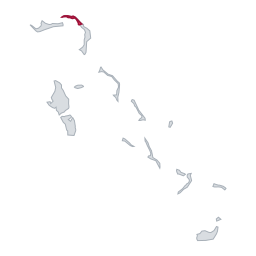 location of North Abaco within The Bahamas
{"feature_id": "BHS-5014", "entity_name": "North Abaco", "entity_type": "District", "adm_level": 1, "iso_a3": "BHS", "parent_name": "The Bahamas", "parent_adm1": "", "projection": "natural_earth1", "projection_center": [-77.637, 26.808], "detail": "fine", "context": "in_parent", "style": "filled", "palette": "rose", "viewbox_px": 256, "rotation_deg": 0, "n_neighbors": 0, "source": "natural_earth", "source_scale": "10m", "svg_char_len": 3601}
<svg xmlns="http://www.w3.org/2000/svg" viewBox="0 0 256 256"><path d="M68.7,99.2L68.6,103.7L69.0,107.1L68.6,108.4L65.3,110.6L64.4,111.9L61.2,113.2L59.2,115.0L58.3,112.1L56.4,110.3L56.1,107.2L54.7,108.3L52.6,107.6L49.2,105.3L47.0,102.2L50.1,101.7L50.7,103.6L53.1,101.2L52.5,100.0L52.1,99.8L51.3,97.5L54.9,91.3L55.7,87.4L54.1,81.0L55.6,80.6L59.6,82.8L61.5,85.0L61.5,88.0L63.2,90.4L65.7,95.9L68.7,99.2ZM71.4,116.4L71.4,117.2L68.3,119.6L70.6,121.3L72.7,117.6L74.4,120.6L75.3,126.2L75.2,127.2L75.3,128.0L75.7,129.1L75.7,130.7L74.0,135.5L67.8,135.0L67.7,130.9L66.7,130.1L65.3,124.2L63.3,122.3L60.7,117.5L62.2,116.3L64.3,116.7L65.4,116.1L68.3,115.6L70.0,115.0L71.4,116.4ZM217.5,231.1L216.5,233.8L213.2,239.1L205.8,240.4L197.6,240.6L196.9,239.2L196.7,238.0L197.3,236.0L197.3,235.2L196.9,234.4L199.9,233.6L201.9,231.1L205.0,230.7L208.9,232.4L211.0,232.5L214.0,230.6L216.5,226.5L218.0,227.1L217.5,231.1ZM84.9,54.3L84.2,54.6L81.5,50.8L79.3,49.7L82.7,47.1L84.2,44.8L84.2,39.8L85.0,37.1L84.7,34.7L85.5,32.3L84.4,29.6L81.6,27.4L76.0,18.9L67.1,16.8L62.5,16.7L65.0,15.4L67.3,15.5L70.9,16.3L75.2,16.7L77.9,19.3L80.4,22.6L82.7,23.9L83.6,24.8L83.5,25.8L83.9,26.7L86.8,28.2L89.8,30.8L90.7,38.1L86.7,41.6L86.0,52.3L84.9,54.3ZM45.4,23.3L49.1,24.5L51.2,24.3L52.4,23.5L58.0,23.8L62.5,22.7L63.1,24.7L63.0,25.8L53.4,26.7L44.6,29.7L39.8,31.6L37.5,31.9L35.8,30.8L30.0,24.8L31.6,25.4L35.9,28.8L38.5,28.2L41.0,25.9L41.4,24.2L41.0,23.4L42.1,20.7L45.4,23.3ZM102.9,69.9L108.1,74.2L112.5,75.7L117.2,81.1L119.3,82.9L119.6,84.7L118.9,92.5L117.8,97.2L118.0,101.4L116.9,100.2L115.7,97.4L113.9,95.9L113.3,95.1L116.6,94.9L116.9,90.6L118.5,87.2L118.2,83.7L114.3,79.9L111.7,76.5L107.6,75.4L103.8,72.0L101.5,71.6L98.8,72.2L99.8,70.2L100.5,67.5L101.0,67.0L102.9,69.9ZM160.0,167.2L159.8,168.2L155.8,160.7L150.8,158.9L147.9,157.1L148.5,156.0L150.5,155.6L150.8,153.2L149.9,150.7L147.3,145.5L145.8,142.0L145.1,141.1L144.9,138.2L148.0,142.8L149.3,146.8L151.5,150.8L152.9,157.6L156.9,160.0L159.8,163.3L160.0,167.2ZM180.1,192.8L177.9,193.9L178.3,192.0L182.6,188.7L184.9,185.8L186.2,184.7L186.7,183.9L188.5,182.9L189.4,181.0L189.2,179.5L187.2,177.0L187.2,175.2L187.9,174.0L191.2,173.4L190.3,175.3L191.6,180.6L187.3,187.2L183.6,189.3L180.1,192.8ZM145.0,118.2L145.3,120.2L143.1,119.8L140.1,120.5L138.9,120.5L139.6,119.2L141.8,117.5L141.9,115.8L139.2,113.4L136.1,107.3L134.6,105.9L133.9,103.6L131.3,101.2L131.9,99.9L132.4,99.6L134.1,100.2L138.2,108.9L138.4,109.7L145.0,118.2ZM216.7,184.7L218.7,185.2L219.7,185.2L223.3,186.3L225.5,187.9L226.0,188.5L224.8,189.9L221.5,187.3L218.6,186.9L214.5,187.0L212.9,186.5L214.0,183.7L216.7,184.7ZM184.6,173.7L185.4,174.3L183.4,175.8L178.8,174.0L177.8,174.1L176.9,172.1L176.5,170.6L176.8,169.3L179.5,170.3L180.9,172.3L184.6,173.7ZM81.1,87.7L77.6,88.5L75.0,87.7L74.4,87.1L75.5,86.1L77.8,85.2L81.7,85.1L83.3,86.1L83.5,86.6L81.1,87.7ZM134.0,146.4L132.7,146.6L130.3,145.6L124.8,141.1L122.3,140.7L123.1,138.1L125.0,139.0L129.5,142.9L131.2,144.9L134.0,146.4ZM172.6,123.2L170.2,127.3L168.8,126.9L169.6,121.8L171.3,121.0L171.9,121.0L172.6,123.2ZM220.9,219.3L216.7,221.1L216.3,219.0L218.4,217.2L220.9,219.3Z" fill="#d9dde1" stroke="#a8b0b8" stroke-width="1"/><path d="M80.2,24.4L80.0,24.5L79.9,24.7L79.7,24.8L79.1,24.8L78.6,24.6L78.4,24.2L78.5,23.6L78.0,22.3L76.6,19.7L75.8,18.7L75.2,18.2L74.5,18.0L73.9,17.9L73.3,18.3L72.7,18.5L72.0,18.4L70.2,17.7L69.6,17.6L68.4,17.6L68.0,17.5L67.1,16.9L66.6,16.6L66.0,16.5L63.5,16.7L62.6,17.1L61.9,17.1L62.0,17.0L62.1,16.9L62.3,16.9L63.4,16.1L64.8,15.8L67.8,15.8L70.6,16.5L72.3,16.7L73.0,16.1L74.6,16.9L75.9,18.0L81.7,24.0L80.2,24.4Z" fill="#f43f5e" stroke="#9f1239" stroke-width="1.5"/></svg>